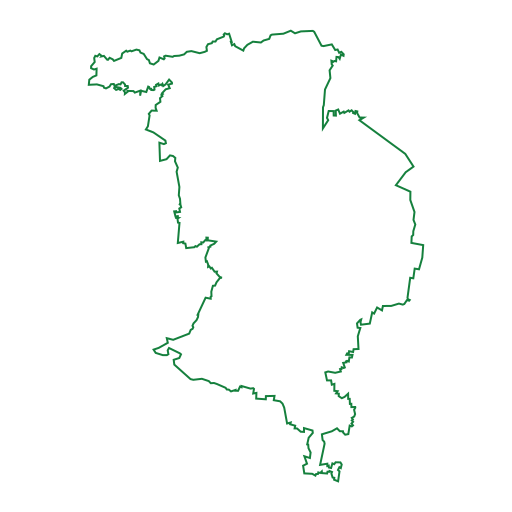 Manlio Fabio Altamirano, Veracruz, Mexico
{"feature_id": "50627088B96625037975079", "entity_name": "Manlio Fabio Altamirano", "entity_type": "district", "adm_level": 2, "iso_a3": "MEX", "parent_name": "Mexico", "parent_adm1": "Veracruz", "projection": "robinson", "projection_center": [-96.354, 19.086], "detail": "fine", "context": "isolated", "style": "outline", "palette": "green", "viewbox_px": 512, "rotation_deg": 0, "n_neighbors": 0, "source": "geoboundaries", "source_scale": "gbopen_adm2", "svg_char_len": 5945}
<svg xmlns="http://www.w3.org/2000/svg" viewBox="0 0 512 512"><path d="M338.1,481.3L339.5,471.4L338.0,470.0L339.4,467.2L340.8,468.1L341.7,464.5L340.4,462.4L335.6,462.3L334.2,464.2L332.4,463.4L331.1,468.0L328.8,467.5L328.7,465.6L327.3,466.0L327.3,463.7L320.1,464.9L324.6,443.7L324.2,441.7L322.6,440.0L321.9,434.3L331.8,431.3L337.0,428.3L339.8,431.2L343.0,431.3L343.1,432.5L345.2,434.7L348.3,434.1L349.7,425.6L351.8,426.4L353.0,425.4L351.5,423.5L353.1,421.8L351.8,420.4L352.9,419.5L351.8,417.9L354.2,416.5L355.1,414.1L354.1,409.8L355.3,407.7L355.2,407.0L351.4,407.1L351.3,403.8L349.9,403.9L349.7,398.9L348.2,398.9L348.1,393.7L344.6,396.9L341.8,398.2L338.7,396.1L338.8,393.7L336.1,393.4L337.6,391.2L334.3,390.8L334.4,383.9L331.8,384.7L331.1,380.4L327.0,380.4L325.3,372.4L328.1,371.5L335.2,372.8L340.8,371.5L340.1,369.1L341.5,369.0L341.7,367.3L343.7,368.0L344.8,367.5L343.2,362.9L346.4,362.3L346.1,361.3L347.1,360.8L348.8,361.5L349.4,357.4L351.9,357.5L352.5,354.9L346.4,354.8L347.1,353.4L348.8,353.3L349.1,351.2L353.1,352.0L353.6,349.2L358.5,349.0L357.8,336.3L360.3,328.0L357.6,327.7L357.0,323.4L360.3,319.8L361.2,319.4L360.5,322.1L361.0,324.7L369.8,323.6L372.2,312.4L374.1,313.6L377.1,307.5L382.0,310.4L382.9,306.0L391.3,305.9L398.9,303.6L402.8,304.6L404.3,304.0L406.9,300.2L409.2,300.7L409.7,300.0L407.9,299.2L407.5,297.7L410.2,277.8L413.3,278.3L414.7,268.6L419.0,269.3L422.3,257.6L423.2,245.1L411.4,242.9L411.7,236.4L413.2,235.0L413.3,231.2L415.3,224.5L413.5,219.9L414.5,212.0L410.3,200.0L410.4,191.7L395.9,185.2L405.7,172.2L413.5,166.6L405.3,153.9L359.4,120.2L363.7,117.6L359.6,117.5L357.1,113.0L357.3,111.4L355.5,111.0L355.0,113.8L353.1,113.0L353.3,112.1L351.6,110.3L349.5,111.7L348.5,110.4L344.3,112.9L343.7,111.6L340.0,113.7L338.2,109.5L335.7,110.6L335.9,115.6L333.7,115.5L333.6,111.1L328.7,111.0L327.0,117.9L328.2,120.2L322.9,128.4L323.0,107.3L323.8,105.1L325.0,89.5L330.4,78.1L329.6,70.3L332.7,65.6L331.7,64.3L331.4,60.7L332.7,61.2L332.8,62.1L334.5,61.0L336.1,61.3L336.5,56.9L338.5,57.1L339.7,58.8L340.9,54.6L343.5,55.8L343.7,54.3L341.3,51.8L339.2,52.8L337.6,49.5L335.2,50.0L331.8,44.4L323.5,46.1L321.5,45.7L314.2,31.8L312.8,30.9L300.9,31.4L295.0,33.3L290.8,30.7L283.4,33.7L272.0,34.6L270.6,35.3L269.2,38.9L263.6,40.5L260.9,42.5L252.9,41.7L247.4,44.8L244.1,48.3L243.3,50.6L235.2,46.2L234.3,44.1L232.0,45.3L230.9,41.9L231.7,41.9L229.1,33.7L227.2,34.3L224.9,33.3L223.7,34.5L224.2,35.7L223.7,36.6L216.9,39.3L215.5,41.5L212.7,41.5L211.8,43.2L208.0,44.2L206.4,47.0L206.9,50.8L204.6,51.9L199.7,53.2L191.4,51.1L186.8,51.8L184.1,54.4L179.2,55.7L174.1,56.0L172.7,56.8L165.6,55.7L164.1,56.4L164.6,58.4L163.8,59.3L159.5,57.5L158.4,60.9L153.7,64.5L149.9,63.3L148.9,60.1L147.0,59.1L143.7,53.9L140.5,52.6L139.4,50.3L136.4,49.6L131.5,51.3L130.3,50.6L127.3,51.7L126.2,50.7L122.2,53.5L121.3,57.9L114.0,60.9L112.7,59.3L109.6,57.8L108.0,59.8L107.2,59.7L103.9,55.9L101.5,56.4L101.8,56.0L99.4,54.1L97.3,56.4L95.3,55.8L94.2,58.0L94.7,62.0L91.1,66.2L91.1,68.2L94.0,69.5L96.6,68.7L96.4,75.4L92.8,76.9L89.3,79.7L88.8,84.8L96.9,84.4L103.5,86.2L104.0,87.7L106.0,88.4L109.5,86.6L111.0,84.2L113.8,84.0L114.8,86.7L114.1,88.1L116.1,89.9L118.9,88.9L120.2,89.9L121.5,88.9L120.4,87.8L114.9,86.8L114.9,85.7L118.9,84.1L120.5,84.4L121.6,82.3L123.0,82.3L125.0,84.5L125.1,86.0L127.7,86.0L128.0,87.7L123.7,90.7L125.0,92.4L124.9,93.9L127.8,91.6L127.6,90.9L133.5,91.1L134.8,92.6L140.4,90.6L140.1,95.7L141.1,90.8L146.3,92.0L148.2,86.6L149.1,87.0L149.8,88.8L151.2,88.8L151.3,90.0L153.7,90.1L154.5,89.6L154.2,86.9L156.5,86.2L156.1,84.8L158.4,83.5L158.9,85.5L161.1,84.5L161.8,85.2L162.5,84.0L163.3,86.0L165.6,84.4L169.1,79.6L171.9,82.5L172.0,83.6L168.2,84.7L169.7,88.2L165.7,89.3L162.0,93.3L162.8,94.0L161.4,95.0L162.4,96.1L160.0,98.2L160.4,101.8L155.7,105.0L155.6,107.9L156.6,110.7L151.6,110.6L148.8,113.9L149.6,115.4L147.9,126.3L145.9,129.5L153.4,132.4L165.4,140.6L165.9,143.2L163.9,144.1L159.4,142.7L160.0,160.9L166.5,159.2L170.0,155.4L173.0,156.0L175.3,157.9L175.0,161.3L177.8,167.6L176.6,171.7L179.4,187.0L178.8,195.3L180.0,198.8L180.4,204.2L179.0,203.9L180.5,204.9L181.2,207.3L179.3,208.5L180.0,211.9L176.3,212.4L176.1,211.2L174.2,211.4L175.5,216.5L177.8,216.1L177.9,216.9L176.1,217.2L176.1,217.9L178.4,218.0L177.5,218.6L178.0,222.6L179.5,222.9L177.8,243.0L183.3,241.7L183.2,243.2L185.4,243.6L186.2,248.1L194.4,247.2L195.4,246.1L196.9,246.7L199.5,244.3L201.4,244.2L201.3,242.3L203.2,242.5L205.3,240.1L206.4,240.4L206.4,237.6L207.8,237.7L207.7,240.3L216.2,241.6L214.2,243.8L210.3,245.6L210.4,246.7L208.4,247.3L208.8,248.3L205.4,257.5L205.9,261.6L206.9,261.2L208.2,264.7L208.1,266.9L209.3,266.3L210.8,268.5L211.9,267.8L214.6,271.7L217.0,271.6L216.5,273.4L219.7,276.9L221.9,277.7L219.9,278.0L216.5,282.3L215.1,285.6L212.9,285.8L211.3,291.7L211.5,296.2L210.7,296.7L210.7,298.7L205.6,297.7L197.7,314.6L198.3,314.6L198.0,317.1L196.5,320.2L193.5,323.4L192.5,325.8L193.3,327.2L192.6,328.8L190.7,329.9L189.2,333.6L173.2,339.8L166.8,338.2L167.8,342.8L158.7,347.9L153.6,349.6L155.7,352.9L162.7,355.1L166.9,355.1L168.4,354.2L167.7,350.4L169.0,348.0L179.8,353.3L181.0,354.3L179.3,358.0L173.7,359.8L174.3,364.6L190.5,379.1L193.3,379.8L201.9,378.8L208.8,381.1L210.8,383.2L214.0,383.0L216.9,384.0L225.6,387.8L226.8,389.5L228.8,389.6L231.0,391.4L235.3,390.0L235.1,390.7L238.1,390.8L240.0,386.6L241.5,387.2L241.5,386.0L250.5,388.6L253.2,388.2L254.0,388.9L253.2,393.5L256.4,392.9L256.2,398.6L265.8,399.3L265.9,396.1L274.5,395.9L273.8,400.2L280.1,401.3L282.5,403.6L284.2,407.6L287.1,423.5L290.7,422.5L290.2,424.3L295.2,425.7L294.6,428.4L297.1,428.5L300.7,431.7L304.0,431.9L304.0,428.1L312.5,430.5L312.8,432.9L308.7,437.7L307.2,444.4L308.2,444.6L308.5,448.2L310.6,452.5L309.9,458.0L304.4,456.3L307.0,463.7L303.1,465.7L304.3,473.4L312.2,473.8L315.4,475.6L316.0,474.1L318.0,473.9L318.3,472.4L320.2,473.0L321.8,471.4L322.0,473.1L327.1,473.5L327.5,471.7L329.3,471.8L329.5,471.0L332.0,472.0L331.4,473.5L332.6,477.5L334.3,477.8L334.1,479.7L338.1,481.3Z" fill="none" stroke="#15803d" stroke-width="2"/></svg>